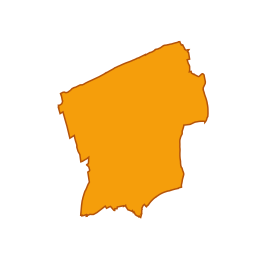 Voerendaal, Limburg, Netherlands, rotated 285°
{"feature_id": "6326949B50745475536845", "entity_name": "Voerendaal", "entity_type": "district", "adm_level": 2, "iso_a3": "NLD", "parent_name": "Netherlands", "parent_adm1": "Limburg", "projection": "equal_earth", "projection_center": [5.917, 50.872], "detail": "fine", "context": "isolated", "style": "filled", "palette": "amber", "viewbox_px": 256, "rotation_deg": 285, "n_neighbors": 0, "source": "geoboundaries", "source_scale": "gbopen_adm2", "svg_char_len": 5551}
<svg xmlns="http://www.w3.org/2000/svg" viewBox="0 0 256 256"><g transform="rotate(285 128 128)"><path d="M142.3,54.9L141.9,55.2L140.8,55.9L138.7,56.9L137.9,57.3L137.6,57.5L137.4,57.6L137.2,57.9L135.4,57.9L134.6,57.8L134.4,57.7L134.1,57.6L133.7,57.3L133.3,57.0L132.6,56.3L132.3,56.0L132.0,55.5L132.0,55.3L131.9,54.9L129.7,55.9L129.7,55.5L124.3,58.7L126.7,61.0L119.9,65.0L114.1,68.5L111.0,70.2L103.1,74.5L106.9,78.0L106.2,78.4L105.8,78.5L105.3,78.8L104.3,79.3L101.7,80.8L99.1,82.5L97.7,83.2L96.3,83.5L95.1,84.2L92.6,85.8L91.8,86.5L90.1,88.2L89.9,88.3L89.6,88.5L83.1,91.2L83.3,91.5L83.6,92.0L84.1,92.6L85.3,93.8L86.3,94.7L86.6,95.1L87.4,95.9L89.6,97.6L87.6,98.0L85.8,98.5L83.9,98.8L83.4,98.9L83.2,98.8L83.0,98.7L82.3,97.9L82.0,97.7L81.7,97.6L81.2,98.5L80.8,99.4L80.6,99.8L80.2,100.2L80.1,100.3L79.3,100.8L78.1,101.5L77.6,101.8L77.2,101.9L76.7,101.9L76.2,101.6L75.5,101.0L75.0,100.6L72.5,101.7L65.9,104.6L66.1,104.6L65.9,104.7L65.5,104.7L64.7,104.4L64.0,104.2L63.0,104.0L61.6,103.8L59.8,103.6L59.1,103.5L57.1,103.2L56.3,102.9L54.8,102.7L52.7,102.6L49.1,102.5L47.2,102.6L45.9,102.6L44.9,102.7L42.7,103.0L41.7,103.1L31.5,104.9L31.9,106.2L31.2,106.3L32.1,108.0L33.5,110.0L31.9,110.5L32.3,111.4L33.6,111.0L33.5,111.7L33.5,111.9L33.6,112.1L33.6,112.3L33.9,112.6L34.4,113.2L34.7,113.5L35.1,115.4L35.2,115.7L35.5,116.8L35.7,117.2L36.3,117.8L38.2,119.8L43.8,124.1L46.6,126.2L44.9,128.1L45.3,128.5L46.2,129.6L46.4,129.7L47.0,130.4L47.7,131.4L45.1,135.3L44.8,135.8L44.8,136.1L45.1,136.2L45.1,136.5L46.7,136.2L47.2,138.3L48.9,138.1L51.7,143.7L51.0,143.9L51.1,144.1L52.1,145.2L52.7,145.7L51.4,146.3L51.3,146.5L51.2,146.6L50.7,147.2L50.0,148.0L49.5,148.5L49.0,149.0L49.0,149.3L48.6,153.3L49.2,153.5L48.8,153.9L49.0,154.0L47.7,155.0L48.5,155.5L46.2,157.5L46.0,158.0L45.8,158.6L45.5,159.5L45.4,160.4L45.3,160.8L45.0,161.4L45.7,161.6L44.9,163.0L44.8,163.4L45.1,163.4L46.1,163.4L47.3,163.4L48.4,163.4L48.6,163.4L48.5,163.1L48.8,163.2L49.5,163.2L51.1,162.8L52.2,162.5L52.9,162.7L53.2,162.6L54.2,162.1L54.4,162.2L57.1,162.7L58.4,163.6L56.9,165.6L56.7,166.3L58.1,166.7L58.2,166.8L58.4,167.2L59.2,167.6L61.4,168.4L62.7,169.0L63.7,169.5L66.3,171.0L67.5,171.9L68.7,172.9L68.7,173.0L68.8,173.1L69.0,173.0L69.3,173.3L70.1,174.1L70.6,174.5L71.0,174.8L72.6,176.3L74.2,178.1L75.5,179.8L76.2,180.9L77.0,182.1L77.5,182.9L77.7,183.5L78.2,184.5L78.7,185.1L78.8,185.3L78.8,185.5L79.1,185.7L79.4,186.3L80.2,187.6L81.3,189.5L82.2,191.3L82.8,192.1L82.7,192.2L82.8,192.3L83.3,192.6L83.7,193.2L84.7,195.0L86.4,194.4L87.2,194.3L89.4,194.2L92.2,193.9L93.1,193.9L97.2,193.9L97.8,193.8L98.1,193.7L98.6,193.5L99.1,193.2L99.8,192.8L100.5,192.2L101.1,191.8L103.0,190.7L103.3,190.5L103.5,190.3L103.9,189.6L104.9,189.1L105.3,188.7L106.2,188.4L107.5,187.9L109.2,187.4L110.7,186.8L112.0,186.2L114.0,185.5L114.9,185.2L115.0,185.2L117.2,184.6L120.4,183.9L121.9,183.4L122.9,183.0L125.7,182.3L128.0,181.6L129.3,181.3L130.3,181.1L130.7,181.2L131.6,181.2L133.2,181.2L135.7,181.7L136.1,181.8L136.4,181.8L137.3,181.6L138.7,181.2L139.6,181.2L143.6,181.4L145.2,181.2L147.3,186.4L147.6,187.1L147.9,187.5L150.7,190.8L151.0,191.2L151.8,192.9L152.5,194.4L153.0,195.6L154.1,199.1L154.2,199.8L154.0,200.2L153.6,200.7L153.3,200.8L154.8,201.4L155.3,201.5L156.0,201.7L158.0,201.7L158.7,201.8L159.2,201.9L159.5,202.1L159.8,202.1L162.8,201.5L164.9,200.9L166.3,200.5L168.2,199.9L170.0,199.2L171.1,198.7L172.2,198.1L172.6,198.0L172.8,197.9L174.2,197.2L175.9,196.2L176.7,195.7L180.5,193.1L181.5,192.6L182.4,192.0L183.5,191.3L184.3,190.7L184.4,190.8L184.6,190.8L184.9,190.7L185.8,190.3L186.4,190.3L186.7,190.3L187.2,190.4L190.7,191.0L191.3,191.0L191.9,190.9L192.5,190.8L193.0,190.6L194.4,189.9L196.8,188.7L198.5,187.9L198.9,187.7L199.2,187.4L199.6,186.5L199.7,186.4L199.7,186.0L199.6,185.9L199.5,185.6L199.3,185.3L198.9,185.0L196.6,183.6L196.4,183.5L196.2,183.3L196.0,183.0L195.9,182.6L195.9,182.4L196.0,181.9L196.9,177.9L197.1,177.7L196.8,177.5L197.5,175.1L199.0,174.3L198.5,173.4L198.1,172.7L199.8,172.6L200.6,172.4L203.3,171.6L203.6,171.5L204.5,170.9L204.8,170.6L205.4,170.0L206.6,169.1L208.0,168.2L209.3,167.5L209.6,168.1L209.8,168.4L210.5,169.7L216.6,166.9L216.8,166.3L217.1,165.7L219.4,166.5L219.1,165.6L218.4,164.5L218.3,164.0L218.3,163.8L218.3,163.5L218.7,162.5L218.9,162.6L221.2,160.4L222.5,159.3L222.5,159.1L222.0,158.8L222.0,158.0L222.3,157.7L222.5,157.7L223.1,157.0L223.6,156.5L224.3,156.0L224.8,155.7L224.3,154.4L224.0,154.3L223.4,153.4L223.0,152.7L222.3,151.4L221.1,149.4L220.5,148.5L219.8,146.9L219.1,145.7L218.5,144.5L218.1,143.8L217.7,142.8L217.3,141.8L217.2,141.6L216.6,140.8L215.6,140.0L214.9,139.4L214.0,138.7L213.5,138.1L211.8,136.0L211.4,134.9L210.9,134.1L210.7,133.9L210.5,134.0L209.8,133.5L208.7,132.6L208.3,132.1L207.7,131.5L207.3,131.0L206.6,129.9L206.6,129.7L204.0,127.0L203.0,126.0L203.5,125.8L198.8,120.4L198.7,120.5L198.1,119.4L197.3,118.3L197.2,118.3L195.6,116.4L194.9,115.4L194.5,114.9L194.2,114.6L192.9,112.9L190.4,109.3L188.4,106.7L187.0,105.0L186.3,104.2L185.0,102.5L183.5,100.8L182.9,99.9L182.1,99.2L181.2,98.4L178.1,95.2L176.7,93.8L174.7,91.7L174.8,91.7L174.2,91.2L173.4,90.4L171.8,88.7L170.0,86.8L167.4,83.7L165.2,81.1L162.4,77.7L160.2,75.2L159.3,74.4L158.6,73.6L157.9,72.8L157.6,71.9L157.6,71.7L157.4,71.2L157.2,70.7L156.8,70.2L156.1,69.4L154.5,67.6L153.9,66.9L153.6,66.4L153.1,65.5L151.6,63.8L150.5,63.2L149.6,62.7L149.4,62.7L149.5,62.7L148.5,61.8L147.2,60.8L146.9,60.5L146.0,58.9L146.2,57.4L146.0,57.2L145.9,56.4L145.7,55.9L145.2,55.6L144.9,55.1L144.5,54.7L144.2,54.3L143.7,53.9L143.1,54.4L142.8,54.8L142.5,55.1L142.3,54.9Z" fill="#f59e0b" stroke="#b45309" stroke-width="1.5"/></g></svg>